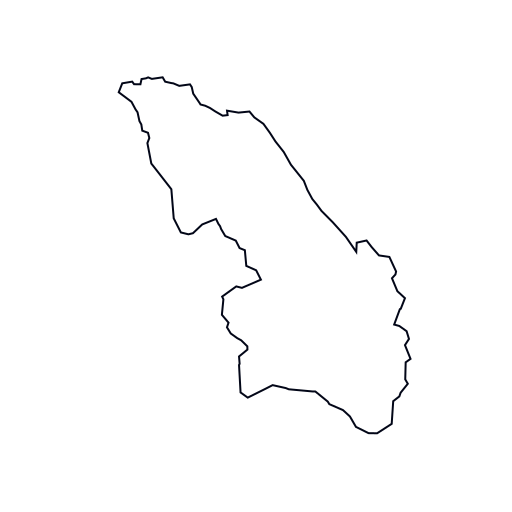 Oruk Anam, Akwa Ibom, Nigeria, rotated 292°
{"feature_id": "59680162B34726688570577", "entity_name": "Oruk Anam", "entity_type": "district", "adm_level": 2, "iso_a3": "NGA", "parent_name": "Nigeria", "parent_adm1": "Akwa Ibom", "projection": "natural_earth1", "projection_center": [7.671, 4.827], "detail": "fine", "context": "isolated", "style": "outline", "palette": "ink", "viewbox_px": 512, "rotation_deg": 292, "n_neighbors": 0, "source": "geoboundaries", "source_scale": "gbopen_adm2", "svg_char_len": 1664}
<svg xmlns="http://www.w3.org/2000/svg" viewBox="0 0 512 512"><g transform="rotate(292 256 256)"><path d="M356.4,67.4L352.3,82.8L346.8,89.4L344.9,92.3L337.4,97.4L335.0,100.4L329.6,103.6L329.8,109.7L325.4,112.9L320.0,113.0L302.5,124.3L300.8,127.3L286.2,152.5L260.1,165.6L249.7,177.5L250.8,185.2L253.5,189.0L265.1,194.3L275.4,205.0L271.7,209.1L270.2,211.5L267.9,213.6L263.0,220.0L262.7,231.5L257.2,237.8L257.2,243.5L243.2,250.7L242.8,261.5L235.9,269.4L221.2,254.9L220.4,249.1L205.7,239.8L203.6,242.0L188.7,246.4L183.9,255.5L179.0,255.8L174.7,261.6L172.8,269.4L172.3,273.8L169.0,281.8L166.0,283.1L156.5,277.9L149.9,281.2L148.6,281.1L127.3,291.1L123.7,292.8L121.6,301.4L136.4,314.5L142.5,319.8L144.7,333.1L144.7,336.3L151.6,359.2L152.6,361.8L147.9,377.1L146.1,379.5L145.7,394.4L142.4,403.2L135.0,412.7L133.9,426.7L137.0,434.7L151.2,444.7L172.8,437.6L179.5,441.5L183.4,441.3L194.4,444.6L197.5,440.6L213.5,434.6L218.5,437.8L229.2,427.5L236.4,428.9L242.7,423.8L244.8,415.1L244.2,409.8L260.6,409.3L261.3,410.0L272.7,409.9L276.3,400.3L286.3,390.4L291.1,392.2L294.1,391.7L305.1,380.0L302.6,369.8L307.6,359.9L311.8,352.7L306.1,344.4L297.4,347.4L307.4,332.2L316.0,314.6L322.3,299.9L326.5,293.1L329.9,286.9L336.5,278.9L343.6,272.2L353.7,254.2L362.8,242.8L369.5,231.1L375.5,222.6L381.3,213.4L383.9,202.5L387.5,195.8L382.4,186.1L379.9,174.7L376.0,176.9L373.6,172.5L374.8,164.0L376.0,157.9L376.3,152.6L375.7,147.8L376.8,146.3L383.0,137.0L388.6,133.1L390.4,130.5L385.0,121.1L385.1,114.7L384.6,112.6L383.6,106.5L386.7,102.5L381.2,93.1L381.2,89.1L379.5,87.4L377.2,83.6L371.9,84.5L369.6,78.6L371.3,75.9L366.0,67.3L356.4,67.4Z" fill="none" stroke="#020617" stroke-width="2"/></g></svg>